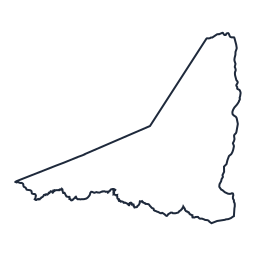 Chasefu, Eastern, Zambia
{"feature_id": "96606910B72978673218668", "entity_name": "Chasefu", "entity_type": "district", "adm_level": 2, "iso_a3": "ZMB", "parent_name": "Zambia", "parent_adm1": "Eastern", "projection": "albers", "projection_center": [32.897, -11.923], "detail": "fine", "context": "isolated", "style": "outline", "palette": "slate", "viewbox_px": 256, "rotation_deg": 0, "n_neighbors": 0, "source": "geoboundaries", "source_scale": "gbopen_adm2", "svg_char_len": 5826}
<svg xmlns="http://www.w3.org/2000/svg" viewBox="0 0 256 256"><path d="M15.4,182.0L16.1,182.1L16.4,182.4L17.6,182.1L18.7,182.4L20.3,183.0L21.4,182.9L22.1,183.1L23.0,183.8L23.3,184.4L23.4,185.8L23.8,186.7L24.4,187.1L25.2,187.4L25.7,187.8L26.6,189.6L27.2,189.8L30.0,190.2L30.6,190.4L31.2,190.9L31.5,191.2L31.8,193.2L32.1,193.6L33.5,194.0L34.5,194.0L34.9,194.2L35.3,194.3L35.9,195.6L35.9,196.0L35.6,196.7L35.4,198.3L34.7,199.2L35.3,199.7L35.9,200.0L36.3,200.0L38.2,198.9L38.6,199.0L38.8,199.4L39.2,199.3L39.7,199.3L40.1,198.6L40.9,198.2L41.3,197.5L42.3,197.1L42.7,196.7L43.2,196.4L43.9,195.0L44.8,194.7L45.5,195.0L45.7,194.4L46.2,194.2L47.5,194.6L48.4,193.6L48.6,193.0L48.8,192.7L49.2,192.7L49.5,192.9L50.6,191.3L50.8,191.2L51.9,191.8L52.6,192.7L52.9,192.6L53.1,192.2L53.1,191.2L53.2,190.6L53.5,190.6L53.8,190.9L54.0,191.2L54.3,191.2L54.5,191.0L54.4,190.5L54.5,190.1L54.8,190.1L55.1,190.4L56.8,190.1L57.9,190.2L58.9,189.9L59.2,190.0L59.3,190.2L59.8,190.0L59.9,189.9L59.9,189.4L60.1,189.3L60.7,189.3L61.1,189.6L61.3,189.7L61.9,189.4L62.0,189.0L62.4,189.4L62.7,191.6L63.2,193.0L63.7,193.0L64.2,192.7L64.5,192.8L66.4,196.4L67.1,196.7L67.5,196.7L68.5,197.0L69.3,196.8L69.5,196.9L69.6,197.5L69.4,199.0L69.7,199.1L70.5,199.2L70.9,200.1L71.1,200.3L71.4,200.4L72.5,200.1L73.7,198.7L74.8,198.1L75.1,197.3L75.9,196.7L76.1,197.0L76.2,197.4L76.7,198.5L77.9,199.3L79.0,199.1L80.3,199.4L81.4,199.2L83.4,199.2L84.3,199.1L86.5,198.5L87.9,197.4L89.6,195.3L90.2,193.5L90.3,192.9L91.2,191.8L92.2,191.9L94.2,192.8L96.6,192.1L97.7,192.5L99.6,192.6L102.3,191.4L102.6,191.6L103.6,191.3L104.7,191.3L105.5,191.8L107.2,191.6L107.6,191.8L107.8,192.6L108.4,192.4L108.5,191.8L109.2,191.1L109.9,190.9L110.5,189.8L111.0,189.4L112.6,189.0L113.5,189.0L114.5,189.3L115.3,189.9L114.9,190.5L114.6,190.6L113.5,189.9L113.3,189.9L113.6,191.8L113.9,192.0L114.1,192.5L114.0,193.0L113.6,193.1L113.8,193.5L113.5,193.9L113.5,194.3L114.1,194.0L114.5,194.6L115.9,195.0L116.1,195.3L116.5,195.1L117.0,195.0L116.9,195.3L117.2,196.0L117.3,196.7L117.3,197.8L117.5,198.5L117.9,198.9L118.9,199.1L119.0,199.2L119.1,199.6L118.7,200.3L118.8,200.6L119.2,200.8L119.2,201.0L120.2,201.2L120.5,201.0L120.9,201.7L121.8,201.4L122.8,201.7L123.3,202.0L123.6,202.7L124.0,202.9L124.8,202.5L125.9,203.0L126.2,203.1L127.3,203.7L128.2,204.5L128.4,204.5L128.4,204.8L128.8,205.2L129.0,205.2L128.9,204.6L129.3,204.3L129.2,203.9L129.2,203.7L129.6,203.6L129.7,203.3L130.0,203.4L130.1,203.0L130.4,203.0L130.4,203.3L130.5,203.1L130.9,203.0L130.9,202.9L131.0,202.7L131.3,202.8L131.7,203.3L131.7,203.6L131.9,203.8L131.7,204.1L131.8,204.7L132.2,204.8L132.6,204.7L133.1,204.6L133.5,204.5L133.8,205.4L133.7,206.2L133.9,206.3L133.9,206.5L134.2,206.7L134.2,206.9L134.5,207.5L135.7,207.2L136.4,207.2L137.1,206.9L137.5,205.9L138.4,205.4L138.8,204.9L139.7,203.2L139.7,202.1L139.9,201.3L141.0,201.5L142.0,201.1L142.2,201.5L142.4,201.6L142.4,201.8L142.8,202.0L142.7,202.3L143.2,202.5L143.3,202.6L143.7,202.8L144.8,203.0L145.4,203.9L145.8,203.8L148.5,204.2L148.7,204.3L149.2,204.8L149.9,205.9L150.4,206.3L151.7,207.8L152.3,208.2L152.5,208.2L153.5,208.6L153.8,209.6L153.9,210.2L154.4,210.5L154.9,210.8L155.5,210.9L157.4,211.8L158.1,211.9L160.4,213.2L161.5,213.2L161.9,212.9L162.4,212.9L164.6,214.3L165.8,215.5L166.7,215.9L167.2,215.7L168.4,214.0L169.5,213.5L170.6,212.7L170.8,212.8L171.5,212.6L172.3,212.7L172.8,213.2L174.9,213.3L175.7,213.2L178.3,212.5L178.6,212.2L179.1,211.4L179.3,211.3L179.4,211.1L180.8,210.3L181.1,209.8L181.6,209.2L181.8,209.2L182.3,208.7L182.6,208.1L182.6,207.6L183.1,207.2L183.3,206.5L184.3,208.1L184.7,208.5L185.0,209.8L185.2,210.2L185.7,210.6L185.8,211.0L186.9,211.6L187.2,211.5L187.7,211.9L188.1,212.0L188.3,212.4L188.8,212.4L189.2,213.0L189.4,213.7L189.9,214.0L190.1,214.3L190.3,214.5L190.7,214.5L191.1,214.8L191.8,215.1L192.4,215.2L192.4,216.0L192.5,216.2L192.3,216.7L192.5,217.3L192.9,217.3L193.1,217.5L193.7,217.4L194.6,217.5L195.5,217.0L197.7,216.9L198.1,217.0L198.3,217.4L199.5,218.5L200.7,218.7L201.9,218.6L204.3,219.5L205.0,219.9L207.6,220.2L208.6,220.7L209.3,221.6L211.5,223.2L217.1,221.0L224.9,219.8L225.8,219.4L228.4,219.1L230.9,218.1L233.0,216.6L233.9,216.2L234.4,208.4L234.8,206.0L234.7,204.8L234.8,204.1L234.3,202.4L233.9,201.9L233.9,200.2L233.0,198.7L232.9,198.1L232.9,196.7L233.3,195.3L233.1,193.9L232.9,193.5L232.6,193.3L231.6,193.3L231.3,193.6L229.9,193.9L228.0,193.7L224.8,192.2L222.4,190.1L221.3,189.7L220.0,187.9L219.4,187.0L219.3,186.5L219.4,185.1L219.6,184.0L221.1,181.3L221.6,179.1L222.8,177.2L222.9,176.9L222.5,175.1L224.1,171.8L224.0,166.6L226.5,164.1L227.4,160.3L228.9,156.2L229.2,155.8L231.2,154.2L231.8,153.2L232.5,151.8L233.2,149.7L233.9,146.5L233.8,145.5L233.1,143.8L232.9,143.2L234.0,141.0L234.5,139.0L234.1,136.3L234.1,135.4L234.6,134.5L235.9,133.2L236.4,132.0L237.8,124.2L237.8,123.7L236.7,118.3L236.3,117.4L235.6,116.6L234.1,115.7L232.7,114.4L232.5,113.6L232.4,112.8L232.4,112.0L232.7,110.9L233.1,109.8L233.8,108.5L234.4,107.5L236.8,104.8L237.8,103.4L238.9,101.6L239.1,100.7L239.6,100.0L239.9,99.0L239.6,97.9L240.1,96.3L240.6,93.1L240.5,92.2L239.8,90.4L239.4,89.9L237.4,88.9L237.2,88.5L237.2,87.1L236.4,85.8L236.3,85.3L236.4,84.9L237.4,83.3L237.7,82.5L237.7,82.0L237.3,81.2L236.5,80.3L236.3,79.9L235.2,75.8L235.0,74.8L234.9,72.9L235.2,71.5L235.6,70.8L235.7,69.8L235.4,68.4L234.8,67.1L234.8,66.7L235.5,63.9L234.5,60.8L234.4,59.4L234.7,57.5L235.4,54.8L235.5,51.9L236.6,48.8L236.7,47.9L236.2,44.7L234.6,38.6L234.2,37.5L233.8,37.3L231.4,37.3L230.3,36.9L229.7,36.1L228.9,34.0L228.3,33.2L227.5,33.2L226.6,33.5L226.2,34.0L225.9,34.8L225.5,35.0L224.9,35.0L224.6,35.0L223.9,34.5L222.9,32.9L222.4,32.8L218.9,34.3L218.4,34.1L217.1,34.3L212.3,37.5L211.0,37.5L209.9,38.2L208.8,38.4L207.0,38.3L206.4,38.7L150.0,126.0L84.6,154.2L84.6,154.4L82.2,155.4L78.3,156.8L63.8,162.7L56.1,165.6L16.7,181.1L15.4,181.8L15.4,182.0Z" fill="none" stroke="#1e293b" stroke-width="2"/></svg>